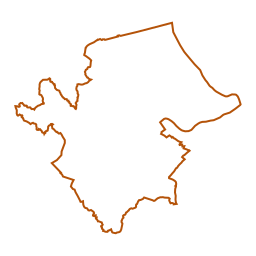 the district of Musi Banyuasin, Sumatera Selatan, Indonesia
{"feature_id": "22746128B84212736337013", "entity_name": "Musi Banyuasin", "entity_type": "district", "adm_level": 2, "iso_a3": "IDN", "parent_name": "Indonesia", "parent_adm1": "Sumatera Selatan", "projection": "orthographic", "projection_center": [103.65, -2.496], "detail": "fine", "context": "isolated", "style": "outline", "palette": "amber", "viewbox_px": 256, "rotation_deg": 0, "n_neighbors": 0, "source": "geoboundaries", "source_scale": "gbopen_adm2", "svg_char_len": 5660}
<svg xmlns="http://www.w3.org/2000/svg" viewBox="0 0 256 256"><path d="M172.0,22.8L136.4,32.1L122.6,35.4L120.7,35.9L119.2,35.3L117.7,35.7L118.0,36.5L105.4,39.8L104.8,39.8L104.4,39.3L102.7,39.3L102.2,39.9L101.7,40.0L100.1,39.0L97.8,40.0L97.6,39.7L93.9,42.3L89.6,44.2L87.6,45.5L86.3,46.8L86.1,47.6L85.6,47.9L84.9,52.9L84.3,54.3L84.3,55.2L85.4,55.7L89.4,58.6L91.2,60.4L90.8,61.9L90.4,66.1L90.0,67.0L89.2,67.2L88.2,67.1L87.5,68.0L87.3,69.0L85.8,69.8L85.6,70.6L84.9,71.8L85.5,73.8L85.3,74.5L87.2,77.5L87.9,77.6L88.5,78.5L89.6,79.2L91.1,79.6L90.4,80.2L89.4,80.5L88.2,82.1L86.7,83.1L85.2,83.4L82.8,84.5L81.2,84.6L78.7,84.1L77.4,84.4L77.3,86.0L76.6,86.9L76.3,88.9L76.6,90.1L77.5,91.3L77.7,92.9L77.6,93.6L78.3,94.5L78.3,95.2L78.0,96.9L77.6,97.1L77.4,97.6L77.7,98.5L77.4,99.4L77.5,100.9L76.6,101.5L76.3,102.4L75.7,103.1L76.5,104.8L76.2,106.2L76.0,106.6L76.2,107.1L75.7,107.6L76.1,108.5L75.8,109.0L75.3,108.7L73.6,106.1L72.3,106.2L71.9,105.9L70.7,105.9L70.6,105.5L71.0,104.8L70.9,104.2L70.5,103.8L69.7,103.4L69.5,103.2L69.3,102.6L69.4,102.1L69.1,101.8L68.5,101.7L68.4,100.7L67.4,100.7L66.9,99.9L66.8,99.2L66.5,99.1L64.7,99.1L64.3,98.3L63.3,97.8L63.0,97.2L62.2,96.6L61.5,95.1L61.1,94.9L60.8,94.4L60.5,93.1L60.0,92.6L59.3,90.7L56.8,89.9L55.2,88.2L54.8,86.0L55.0,85.5L54.6,84.6L54.6,84.2L54.4,84.1L54.1,84.8L52.9,83.0L52.3,82.6L52.1,81.9L51.0,81.6L50.8,81.8L50.4,81.6L50.2,81.0L50.2,78.9L49.5,78.3L49.3,78.4L48.9,79.2L48.4,79.1L47.3,79.7L43.0,79.8L40.7,81.9L40.0,83.0L39.6,84.4L39.6,86.6L39.2,89.1L39.7,90.6L39.4,91.8L39.3,94.3L39.6,94.6L40.9,94.9L41.4,95.3L42.9,98.1L43.0,99.5L42.7,100.2L42.7,100.8L43.1,102.5L43.7,102.9L43.8,103.6L43.4,103.8L42.7,103.6L42.2,104.0L41.7,104.0L40.8,104.5L40.0,105.1L37.9,105.8L35.3,107.8L34.3,109.6L33.5,108.9L31.7,109.1L31.0,108.5L30.5,107.6L30.0,107.3L29.0,107.5L27.4,107.4L26.9,106.7L26.8,105.8L26.4,105.6L25.6,105.8L25.0,105.5L24.5,105.7L24.1,105.5L23.6,104.5L22.8,103.8L22.3,103.0L21.7,103.2L20.6,103.0L19.3,104.2L19.2,104.6L19.8,106.0L19.8,106.4L19.5,106.7L18.3,106.8L17.3,106.3L15.4,106.1L15.7,107.6L16.8,110.2L16.7,113.6L17.3,115.2L17.8,115.6L18.2,115.6L19.6,114.5L20.9,115.3L22.1,115.3L22.3,115.7L21.6,116.2L21.7,117.2L22.8,117.7L22.8,118.2L23.3,118.6L23.4,119.4L24.1,120.6L26.6,121.4L29.2,122.9L30.5,124.1L31.9,123.2L33.0,122.8L33.6,123.4L35.4,123.8L36.0,124.2L36.3,124.8L36.2,125.9L36.7,127.6L36.5,129.1L37.0,129.8L38.2,130.0L38.5,129.8L38.8,129.0L39.3,129.3L40.1,129.2L40.3,129.5L40.4,130.1L41.1,130.3L41.7,131.0L42.2,132.4L42.8,132.7L43.9,132.8L44.2,133.8L44.4,133.4L45.0,133.3L45.4,132.9L45.2,131.8L45.8,131.5L45.9,131.2L47.1,130.9L47.7,130.5L47.6,129.9L48.1,128.6L48.1,126.9L48.8,125.7L49.9,125.3L50.9,124.0L52.1,123.9L52.9,124.4L52.2,125.0L51.9,125.6L52.4,128.4L53.7,129.1L55.7,131.4L56.3,131.9L56.7,131.8L56.9,132.1L57.4,132.1L57.5,132.5L59.0,133.6L60.4,133.0L61.6,134.6L62.6,136.6L64.8,140.1L64.8,143.0L61.6,151.5L61.4,155.1L56.9,160.1L51.8,163.1L60.9,172.6L60.4,173.0L62.1,174.6L63.0,176.5L73.6,180.0L71.8,183.5L70.9,186.5L72.9,189.0L74.6,189.6L75.6,192.3L77.6,195.8L79.7,199.9L80.5,201.8L81.1,201.9L83.0,201.2L83.3,204.6L83.9,206.3L84.6,207.4L85.5,208.0L86.8,208.2L87.1,208.4L88.4,210.3L89.5,210.5L91.0,210.0L93.6,211.9L94.1,213.1L94.0,213.5L93.2,214.4L93.0,215.6L94.1,216.1L95.0,215.5L95.7,215.3L95.9,218.6L96.1,218.7L96.5,218.4L96.4,218.9L97.6,220.4L97.9,221.3L98.7,221.3L101.8,222.5L102.0,223.6L102.7,224.7L101.8,226.0L101.1,226.2L101.2,226.7L102.0,227.4L101.9,228.2L102.1,228.9L103.4,229.7L103.1,230.9L103.8,231.0L104.8,231.5L105.9,231.8L107.4,231.8L107.8,231.5L107.9,230.9L108.3,230.5L109.2,230.4L111.1,229.3L112.0,231.9L112.5,232.5L114.5,233.0L115.8,233.2L116.7,232.6L119.2,232.1L120.3,231.4L121.2,229.6L122.3,224.4L122.4,223.4L121.7,222.5L121.5,221.9L121.6,220.7L121.8,220.6L121.8,220.3L122.7,218.3L123.4,217.8L123.5,217.4L123.0,216.0L123.3,215.5L124.0,215.0L125.1,214.7L125.7,213.8L125.8,213.1L126.1,212.5L126.7,212.3L128.3,210.7L128.8,210.4L129.1,209.7L129.9,208.9L131.3,208.3L132.6,208.7L135.5,207.6L136.1,206.8L136.0,205.7L136.2,204.5L137.1,203.9L138.2,201.2L138.9,200.6L139.1,200.1L140.5,200.0L142.8,199.0L144.1,197.5L152.5,200.2L153.9,200.9L154.7,200.7L157.6,198.3L160.2,197.3L163.0,197.2L164.6,197.6L168.6,197.8L169.7,198.7L169.2,200.1L169.3,200.7L170.4,203.1L170.6,203.3L171.6,203.0L172.2,203.0L174.0,203.7L173.9,204.3L176.6,203.9L176.0,202.8L175.7,201.2L175.5,199.5L175.7,195.8L175.0,192.5L175.2,188.9L176.0,186.4L176.0,185.5L175.6,185.5L176.1,184.7L176.2,183.9L176.0,182.7L175.9,182.1L175.2,181.2L174.4,180.6L172.6,179.5L169.1,178.2L169.0,177.1L171.1,174.9L172.2,173.5L174.1,171.4L176.0,168.3L177.2,167.7L178.0,166.2L179.6,164.4L181.6,162.5L182.3,161.4L184.7,159.3L182.1,157.1L182.6,156.4L183.4,155.5L184.4,155.1L187.4,152.4L189.6,150.7L189.1,150.2L187.8,150.0L186.7,149.4L183.6,148.4L184.3,146.2L182.4,146.5L182.2,144.6L179.7,145.0L179.5,144.4L181.4,142.2L179.7,141.8L177.9,140.9L175.1,138.8L174.2,138.5L172.7,137.0L171.9,137.6L170.8,136.3L169.4,135.4L166.5,137.4L164.4,135.6L161.1,133.9L161.5,133.2L161.5,132.1L165.1,129.5L160.1,122.3L160.5,121.9L164.1,118.9L165.6,118.5L167.0,118.7L168.5,119.2L171.5,121.1L173.9,123.1L176.4,126.0L179.4,128.7L181.4,130.1L182.5,130.6L185.2,131.3L188.6,131.1L191.2,130.0L191.8,129.5L195.1,125.8L198.5,123.4L200.2,122.5L202.3,121.9L206.0,121.7L210.6,120.6L213.7,120.2L220.1,117.4L223.0,115.0L224.1,114.4L229.8,112.6L235.3,108.8L240.2,105.0L240.6,104.3L239.0,99.2L237.8,96.5L236.2,94.8L235.1,94.5L232.0,94.4L227.8,96.2L226.9,96.4L225.4,96.3L222.0,94.8L216.3,91.6L214.5,90.2L212.4,87.9L210.5,86.6L209.5,85.7L207.1,82.1L205.4,80.1L202.4,75.4L200.2,70.1L194.6,64.3L185.8,53.8L184.2,51.8L180.1,45.2L173.3,32.2L172.0,22.8Z" fill="none" stroke="#b45309" stroke-width="2"/></svg>